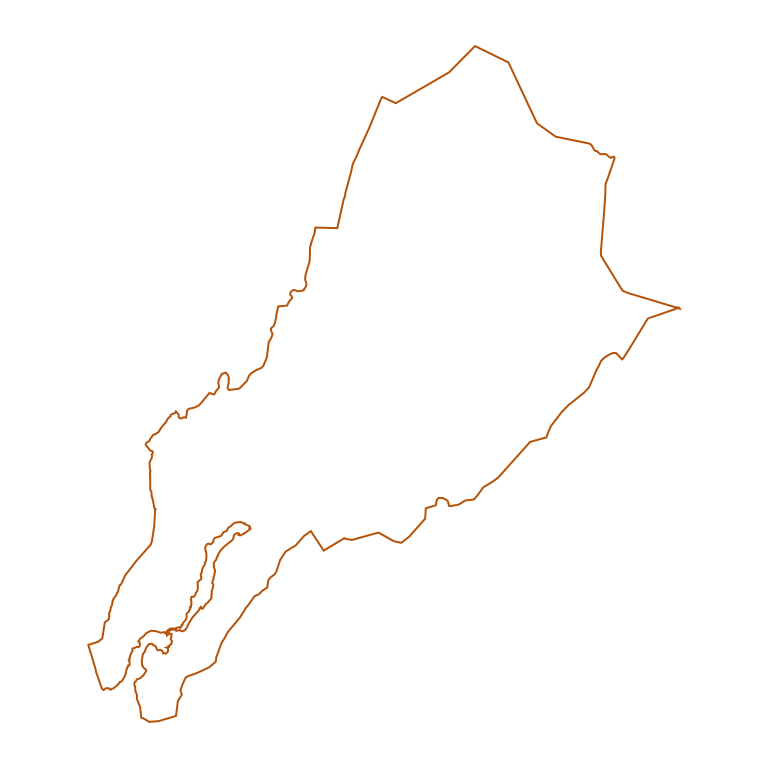 Modalen nor, Hordaland, Norway
{"feature_id": "86288312B70399865031783", "entity_name": "Modalen nor", "entity_type": "district", "adm_level": 2, "iso_a3": "NOR", "parent_name": "Norway", "parent_adm1": "Hordaland", "projection": "orthographic", "projection_center": [5.762, 60.88], "detail": "fine", "context": "isolated", "style": "outline", "palette": "amber", "viewbox_px": 768, "rotation_deg": 0, "n_neighbors": 0, "source": "geoboundaries", "source_scale": "gbopen_adm2", "svg_char_len": 6118}
<svg xmlns="http://www.w3.org/2000/svg" viewBox="0 0 768 768"><path d="M110.4,689.8L112.0,688.6L113.2,688.6L118.1,684.5L119.9,681.9L120.6,682.0L122.2,680.7L124.9,676.0L126.1,671.9L126.3,669.9L126.8,669.2L127.0,667.8L127.6,667.3L128.0,665.6L129.5,665.3L129.6,661.8L128.7,660.1L129.7,659.3L129.4,658.0L129.9,657.3L130.1,655.4L131.2,653.6L131.2,653.0L132.2,651.6L132.5,648.6L137.3,646.8L138.6,647.0L139.7,646.2L140.0,644.4L139.6,642.4L138.8,642.2L138.4,641.7L138.5,641.3L140.0,638.8L143.3,636.5L146.4,633.0L151.2,630.7L156.6,631.3L160.6,632.7L164.5,632.2L165.3,633.3L167.8,630.2L170.3,628.6L174.6,628.6L179.0,627.1L180.5,627.7L181.0,627.2L181.7,624.9L182.5,625.0L182.8,623.3L186.5,618.8L186.6,613.7L188.9,611.5L189.6,609.4L190.1,609.2L190.3,608.4L190.0,607.1L190.9,607.0L191.1,605.2L191.5,604.4L191.2,603.0L191.5,601.5L190.8,599.5L191.2,598.6L191.2,597.4L191.8,596.8L193.8,596.8L195.1,595.2L196.0,592.6L197.2,591.2L197.8,588.9L197.8,585.3L197.5,583.1L197.8,581.9L201.4,578.8L200.7,574.1L201.8,572.3L202.0,570.2L202.9,567.6L204.6,564.9L205.2,562.0L205.9,561.1L206.4,557.9L206.4,553.4L205.3,549.4L205.3,547.2L206.2,545.3L207.0,544.2L208.4,543.6L210.2,544.4L211.6,543.7L213.4,541.7L213.3,540.4L214.8,537.9L221.0,536.0L223.6,532.1L226.1,531.3L227.6,529.5L227.7,528.6L228.4,527.5L230.5,526.4L233.4,523.6L235.5,522.6L240.4,522.0L243.4,523.0L244.5,524.6L244.1,523.7L245.1,523.4L245.6,524.4L249.4,526.0L250.0,526.9L249.3,527.9L250.2,528.3L250.5,529.0L243.7,533.8L240.2,535.4L238.6,535.1L239.0,533.8L238.7,533.2L236.9,533.2L235.2,534.0L234.3,534.9L233.7,536.1L233.3,538.6L232.1,540.3L224.2,546.6L220.3,550.8L218.2,554.4L217.4,556.9L216.8,557.2L216.3,559.5L213.9,562.5L213.9,565.7L214.1,566.4L213.9,567.2L214.8,569.8L215.0,571.7L214.5,573.7L214.4,575.2L213.5,576.8L213.6,578.5L212.4,581.8L212.3,583.2L213.3,584.4L213.3,586.1L212.7,587.6L212.5,589.4L211.6,591.4L211.8,592.5L211.5,593.7L211.8,594.5L211.3,596.2L211.5,597.3L210.9,598.9L207.5,602.9L206.1,603.8L202.7,608.7L201.5,608.5L200.9,606.9L200.1,607.7L198.4,610.9L192.7,617.1L189.0,623.0L186.3,628.6L184.3,630.6L181.6,631.3L179.6,630.0L176.7,630.8L176.2,630.8L176.1,630.0L175.5,629.6L171.0,629.7L169.0,631.0L167.0,634.3L167.0,635.4L169.5,633.4L171.7,634.2L171.2,636.2L171.4,637.2L170.8,639.3L172.1,641.4L171.5,642.5L171.3,644.2L169.1,645.9L169.1,647.0L168.3,647.2L168.0,646.7L167.5,647.6L166.7,647.7L168.1,648.5L168.1,651.3L165.7,653.7L163.7,653.0L163.0,653.4L162.5,650.9L160.3,649.9L157.7,650.3L157.0,649.5L155.6,646.1L152.7,644.9L152.4,644.0L151.6,643.7L149.1,644.1L147.7,645.5L145.8,648.6L144.5,652.1L142.7,654.2L142.8,655.1L141.8,660.0L141.9,663.9L142.6,666.2L143.7,667.8L146.1,669.8L146.1,671.1L143.6,675.0L140.9,677.6L139.2,678.7L136.9,679.3L136.0,681.2L134.7,682.1L134.2,684.2L135.1,686.9L135.4,690.7L137.0,695.4L136.8,698.7L140.2,707.2L141.1,716.5L141.5,718.0L143.3,718.3L149.4,721.9L158.7,721.1L176.0,715.9L177.9,700.9L181.8,694.8L180.5,690.1L182.8,683.8L185.6,677.6L188.0,676.2L197.0,673.0L209.0,667.4L215.7,661.8L216.4,657.0L221.5,643.1L226.0,635.7L227.6,632.3L240.1,617.3L245.6,608.3L249.8,603.1L254.4,596.3L258.8,594.3L262.6,590.5L267.3,587.5L268.3,580.2L270.2,577.8L274.5,574.4L276.3,571.8L280.1,560.1L285.6,551.6L295.9,545.2L304.2,535.8L310.9,531.2L323.7,550.6L344.5,538.1L345.4,538.8L352.0,539.9L378.5,532.6L394.1,541.3L401.3,542.8L409.2,536.7L425.2,518.6L425.8,508.3L435.8,505.3L436.2,504.2L436.2,502.0L436.9,500.0L438.6,497.9L442.7,498.0L446.4,499.9L447.5,500.7L448.7,504.0L448.9,505.8L450.4,506.2L458.9,504.5L465.2,500.5L473.8,499.5L477.4,495.5L483.4,487.2L492.4,481.8L498.3,477.5L530.1,441.9L546.4,437.4L548.1,432.5L551.2,425.7L561.8,411.9L568.4,405.2L584.3,392.4L588.2,388.4L589.4,386.6L596.6,369.7L598.4,366.8L601.1,360.9L603.9,358.1L608.8,354.8L613.0,353.0L614.5,353.0L616.2,353.1L622.0,359.4L622.9,358.7L628.8,349.7L647.8,318.5L677.8,308.2L679.7,308.7L679.1,307.7L675.1,307.2L628.3,293.1L622.9,290.9L620.4,287.3L602.1,257.5L601.0,255.6L600.8,252.8L604.2,210.9L605.2,196.2L605.6,183.6L607.6,178.8L614.5,158.6L614.4,157.1L613.5,156.6L610.9,157.8L608.8,156.6L606.1,154.1L600.9,154.2L599.5,153.5L596.7,151.0L595.2,150.9L594.2,150.1L592.0,145.8L591.0,144.6L589.1,143.5L555.7,136.7L537.0,123.3L508.4,62.4L475.0,46.1L449.1,72.3L395.8,103.2L382.2,96.9L380.9,99.2L369.1,128.2L359.3,149.6L357.1,155.1L352.7,164.3L351.1,171.9L345.4,192.8L344.7,197.1L343.7,199.3L337.3,228.1L315.4,227.6L314.5,233.2L311.3,242.6L310.0,247.7L309.8,258.9L309.4,262.1L305.6,274.6L305.1,279.4L306.4,283.7L306.4,285.5L305.4,287.5L304.1,288.9L303.8,290.3L297.8,291.3L294.2,290.0L292.9,290.2L291.0,291.7L290.2,293.4L290.2,294.7L292.0,296.8L292.0,298.1L288.8,301.9L287.1,305.6L278.3,306.4L276.7,313.0L276.0,318.2L274.4,324.5L273.5,326.3L271.1,328.2L270.8,330.0L272.6,334.4L270.9,338.6L268.7,342.2L267.1,355.9L266.3,358.8L263.3,365.9L261.4,367.9L256.6,369.9L251.4,373.1L249.1,375.6L246.9,380.9L239.7,388.2L237.7,388.9L229.1,390.0L227.7,388.3L227.6,387.5L228.8,382.8L228.6,381.1L228.9,378.0L227.8,374.9L225.7,372.6L221.7,374.0L218.9,379.5L218.2,382.5L219.1,386.9L218.8,387.7L216.0,391.1L214.3,394.3L213.5,394.5L209.5,392.9L199.2,405.2L194.7,407.5L188.6,408.9L186.9,410.9L186.8,414.4L186.0,416.6L186.0,417.6L183.7,417.3L181.3,418.5L179.3,418.0L178.5,416.9L178.9,415.7L178.6,414.5L175.9,411.4L175.3,412.8L171.1,414.5L170.6,415.0L170.5,416.2L167.7,418.8L166.3,421.6L160.8,428.2L158.9,431.7L155.0,434.4L153.4,434.6L149.9,439.4L149.4,440.9L146.9,442.4L145.7,444.1L145.9,445.2L150.4,450.7L152.3,451.2L152.8,451.7L152.9,452.6L151.7,454.8L152.2,455.7L151.5,458.6L149.8,461.7L149.6,462.9L149.8,468.5L150.5,471.3L149.8,472.5L150.1,473.6L150.3,489.8L151.3,491.6L151.7,494.8L151.6,496.2L152.0,496.7L153.4,502.8L154.4,508.1L155.7,509.3L154.9,510.2L155.1,511.4L154.1,527.1L151.9,541.2L150.8,544.6L136.3,560.9L125.1,575.5L122.1,582.3L120.8,584.6L119.5,585.5L118.0,591.8L117.0,592.8L116.6,594.6L113.8,598.4L112.5,601.1L112.7,601.8L112.1,603.6L112.1,604.7L110.8,607.5L110.1,611.4L109.1,613.1L109.2,617.2L108.7,618.8L108.8,619.4L104.8,622.4L102.3,638.4L98.3,641.7L88.3,644.9L95.7,669.6L95.9,671.4L101.9,688.6L103.5,690.0L105.8,688.3L108.7,688.2L110.4,689.8Z" fill="none" stroke="#b45309" stroke-width="2"/></svg>